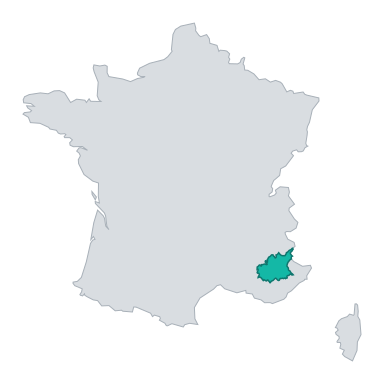 Alpes-de-Haute-Provence highlighted on a map of France
{"feature_id": "FRA-5265", "entity_name": "Alpes-de-Haute-Provence", "entity_type": "Metropolitan department", "adm_level": 1, "iso_a3": "FRA", "parent_name": "France", "parent_adm1": "", "projection": "orthographic", "projection_center": [6.23, 44.166], "detail": "fine", "context": "in_parent", "style": "filled", "palette": "teal", "viewbox_px": 384, "rotation_deg": 0, "n_neighbors": 0, "source": "natural_earth", "source_scale": "10m", "svg_char_len": 5917}
<svg xmlns="http://www.w3.org/2000/svg" viewBox="0 0 384 384"><path d="M307.8,146.1L305.0,147.7L303.3,150.9L301.5,151.7L298.2,151.8L296.6,149.8L292.7,151.1L291.1,153.2L293.5,155.7L285.7,166.0L280.7,168.7L279.6,175.5L273.7,180.5L271.4,185.8L271.2,186.8L272.7,188.6L272.1,192.0L269.1,194.3L269.1,196.5L269.9,196.8L274.6,195.0L276.3,193.0L275.4,190.2L280.1,186.8L288.4,187.5L289.4,192.1L288.4,195.9L294.5,204.2L289.2,208.1L288.9,210.7L294.4,219.0L297.9,222.4L296.1,228.1L290.3,231.7L286.7,231.5L285.1,232.4L285.3,234.1L287.8,239.2L294.1,242.4L295.1,246.3L293.4,247.7L290.5,253.5L291.8,256.3L291.3,257.6L292.0,259.6L293.7,261.5L302.5,266.3L310.4,265.3L311.5,268.1L306.7,275.8L307.1,279.2L304.6,279.3L304.2,280.4L299.3,283.0L291.4,290.8L287.6,293.1L286.1,297.0L283.9,299.2L272.4,303.6L270.2,302.6L264.6,302.7L261.1,299.9L254.4,298.1L252.3,294.0L246.1,293.1L245.8,290.4L236.9,292.8L224.7,288.8L220.5,284.7L216.9,285.7L213.6,289.1L200.0,298.0L194.4,307.5L194.9,318.8L197.8,324.5L189.6,323.3L184.7,324.7L183.3,327.0L171.9,323.7L167.5,325.8L166.3,325.6L164.9,323.2L159.4,320.2L160.4,318.4L159.7,316.7L154.4,315.1L152.5,316.6L150.6,313.2L136.1,307.1L133.7,307.0L132.4,312.0L122.8,311.2L121.5,310.2L115.2,310.8L109.0,305.6L101.7,305.9L97.6,300.6L93.3,299.9L87.4,296.9L84.8,295.3L84.5,293.8L82.6,295.9L80.3,295.2L79.9,294.5L81.6,291.9L82.2,288.8L74.8,285.7L73.0,283.3L73.1,282.1L77.3,281.4L81.4,277.4L86.3,261.9L90.5,243.4L92.7,240.1L95.0,239.3L93.4,236.5L90.8,239.7L93.8,222.7L97.6,210.1L103.3,215.9L104.5,218.3L105.7,226.1L108.9,229.6L106.9,226.3L105.6,215.9L104.4,212.9L95.4,203.5L95.2,201.5L99.4,203.0L98.3,196.4L98.5,183.0L92.8,181.1L84.0,174.5L78.6,163.6L78.3,159.7L80.4,155.9L79.2,153.2L76.7,151.1L79.1,147.9L81.0,147.7L87.5,150.3L82.4,146.5L73.4,146.7L70.1,145.2L69.7,142.7L72.4,139.9L69.7,137.6L64.7,137.6L64.1,136.7L65.9,134.6L64.7,133.7L60.5,134.0L58.3,133.1L56.4,130.3L49.9,129.0L48.6,127.3L39.9,123.3L30.4,122.6L28.4,117.3L23.0,114.1L24.4,112.6L30.3,111.9L31.6,110.6L27.8,108.0L26.6,105.8L34.3,106.3L31.1,103.6L23.7,102.8L23.2,99.7L24.6,96.7L29.2,94.6L40.3,92.9L48.1,93.8L54.1,90.9L59.6,90.6L64.6,92.9L70.6,102.5L76.6,99.2L84.9,100.2L86.4,102.5L89.1,98.8L90.7,101.3L101.0,101.5L98.8,99.7L97.2,95.8L98.2,82.1L94.1,71.7L93.2,67.9L93.9,64.9L99.8,66.0L104.9,65.1L107.2,66.3L107.1,72.7L108.9,76.6L122.7,79.0L130.5,81.6L137.6,78.5L144.0,77.3L144.6,76.5L140.9,76.6L137.7,74.8L137.4,73.1L139.6,68.2L149.6,63.3L164.0,59.6L167.8,56.7L172.2,51.2L171.4,49.8L173.0,34.4L175.4,29.5L180.8,26.1L194.4,23.1L195.8,28.1L195.6,30.8L198.9,35.3L200.7,36.7L206.6,34.6L209.3,38.7L209.9,43.3L217.0,45.4L218.9,51.4L220.2,50.2L224.7,50.6L226.8,51.1L229.6,53.8L228.6,57.3L229.8,59.1L228.5,62.3L229.3,63.7L237.6,63.9L240.1,62.5L241.3,59.2L243.8,57.3L244.8,57.9L243.1,64.0L244.2,65.6L244.7,70.0L247.8,70.3L253.9,73.9L259.0,79.7L265.4,78.8L270.4,82.1L275.6,80.4L280.5,82.2L282.2,83.8L286.8,91.9L290.3,90.3L292.9,91.2L293.7,93.5L303.1,92.0L304.8,94.3L306.8,95.1L318.8,97.9L319.0,101.0L312.3,109.8L309.5,122.2L307.5,126.5L306.8,129.7L307.4,131.9L307.1,135.2L305.8,143.3L306.6,145.6L307.8,146.1ZM358.2,311.2L357.8,316.4L359.8,320.0L361.0,334.6L357.4,341.9L357.0,350.5L352.5,360.9L344.7,356.6L342.4,354.1L344.3,350.2L339.9,348.2L340.8,344.4L340.3,342.5L337.2,342.4L337.0,341.4L339.2,338.4L339.1,336.6L336.1,334.4L335.5,332.4L338.2,330.1L336.9,328.0L335.4,327.6L338.9,320.8L341.5,318.7L347.3,316.6L349.6,314.1L353.5,315.3L354.1,314.6L355.0,304.0L356.3,303.8L357.6,305.1L358.2,311.2ZM96.4,197.0L95.3,199.9L92.1,194.4L91.9,191.5L96.4,197.0Z" fill="#d9dde1" stroke="#a8b0b8" stroke-width="1"/><path d="M292.8,248.3L292.7,248.7L293.0,249.5L292.7,249.7L291.9,251.2L290.6,252.2L290.3,252.7L290.4,253.8L291.0,254.7L291.7,255.5L292.4,256.1L291.6,256.5L291.4,256.8L291.2,257.9L291.1,258.1L291.1,258.3L291.2,258.6L291.3,258.8L291.0,259.3L290.0,259.8L289.5,260.2L288.8,261.4L288.1,262.1L287.8,262.7L287.1,264.7L286.9,266.0L287.5,266.9L288.2,267.8L288.4,268.7L288.5,270.0L289.2,270.6L290.0,271.0L291.0,272.8L292.5,274.0L293.2,274.8L292.3,275.0L291.9,275.0L290.7,274.3L290.3,274.2L289.8,274.3L289.6,274.5L289.0,275.3L288.6,275.5L287.5,275.6L287.3,275.8L287.1,276.0L287.0,276.3L286.9,276.7L287.0,277.0L287.2,277.6L287.2,277.9L287.1,278.0L286.3,278.2L285.8,278.4L285.5,278.6L285.0,278.0L284.5,278.1L283.9,278.4L283.3,278.6L283.2,278.5L282.9,278.3L282.7,278.2L281.9,278.4L281.5,278.5L280.7,278.4L280.3,278.5L279.8,279.0L279.6,279.7L279.2,280.3L278.4,280.5L277.7,280.1L276.2,278.5L275.7,278.2L274.9,278.6L273.1,280.4L271.4,281.2L270.8,281.8L270.4,282.6L270.2,282.7L269.8,282.6L269.3,281.5L268.9,281.2L268.5,280.9L268.1,280.2L267.8,280.0L267.3,280.0L267.1,280.3L266.9,280.6L266.6,280.9L265.9,280.8L264.0,279.7L263.5,280.5L263.3,280.6L261.1,277.8L259.7,277.0L258.1,277.6L258.2,276.9L259.2,275.1L259.3,274.6L259.2,274.0L258.9,273.5L258.6,273.2L257.8,273.2L257.5,273.1L257.2,272.7L257.2,272.3L258.0,270.5L258.1,270.0L258.2,269.5L258.0,269.1L257.5,268.9L257.2,268.9L257.1,269.0L257.2,267.0L258.0,266.5L258.7,265.8L259.0,265.3L259.4,265.0L259.7,265.0L260.3,265.1L260.5,265.3L260.7,265.5L260.8,265.9L261.0,266.0L261.4,266.0L261.5,265.8L261.4,265.0L261.6,264.6L262.2,264.7L264.7,264.0L265.2,264.1L266.3,264.6L266.8,264.6L267.1,264.3L266.9,263.9L265.9,262.6L265.3,262.1L265.2,261.7L265.5,260.8L266.2,261.0L267.4,262.0L267.5,261.2L267.6,260.6L267.5,260.4L267.3,260.3L267.2,260.0L267.3,259.6L267.5,259.3L267.8,259.0L268.0,258.7L268.5,257.5L268.8,257.2L269.1,256.9L270.0,256.5L270.4,256.2L271.4,255.0L271.9,254.8L272.0,254.8L272.3,254.8L272.5,254.9L272.8,254.9L273.0,254.9L273.1,255.2L273.5,255.9L273.6,256.2L274.2,256.4L275.0,257.8L275.5,257.9L276.1,257.4L276.3,256.6L276.2,255.8L276.0,255.0L277.0,254.7L277.7,254.1L278.7,252.7L280.3,254.7L281.2,255.3L282.3,255.7L284.8,255.7L285.3,255.5L285.6,254.5L286.2,253.8L286.3,253.4L286.4,252.7L286.6,252.5L287.3,252.4L289.2,250.4L291.3,249.4L292.0,248.5L292.4,248.2L292.8,248.3Z" fill="#14b8a6" stroke="#0f766e" stroke-width="1.5"/></svg>